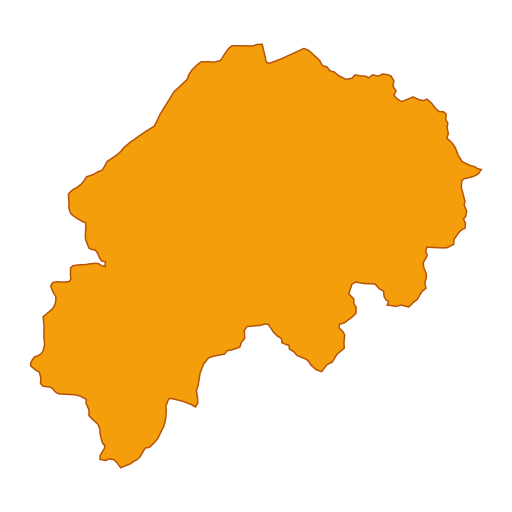 Acauã, Piauí, Brazil
{"feature_id": "56859067B70456575325692", "entity_name": "Acauã", "entity_type": "district", "adm_level": 2, "iso_a3": "BRA", "parent_name": "Brazil", "parent_adm1": "Piauí", "projection": "albers", "projection_center": [-41.014, -8.33], "detail": "fine", "context": "isolated", "style": "filled", "palette": "amber", "viewbox_px": 512, "rotation_deg": 0, "n_neighbors": 0, "source": "geoboundaries", "source_scale": "gbopen_adm2", "svg_char_len": 3769}
<svg xmlns="http://www.w3.org/2000/svg" viewBox="0 0 512 512"><path d="M304.0,48.4L281.8,58.6L269.2,63.4L266.4,62.2L262.2,44.3L257.1,44.4L253.1,45.9L249.3,46.0L244.8,45.8L239.8,45.8L232.2,45.7L228.6,48.4L226.0,52.1L224.0,54.9L222.5,57.6L220.4,60.6L213.6,62.3L208.8,61.7L204.9,61.9L201.3,61.7L197.3,64.7L195.0,66.9L191.7,70.3L188.9,74.6L187.2,79.4L176.8,89.2L174.3,91.3L160.2,114.1L156.9,121.0L154.3,126.1L145.6,131.5L139.0,136.0L133.9,139.8L131.3,141.4L123.9,147.5L121.1,151.1L116.9,154.9L110.3,159.4L107.0,161.5L104.4,166.8L101.9,170.3L97.8,171.8L93.2,174.6L86.7,176.7L84.5,180.1L81.5,183.9L76.6,187.7L72.8,189.7L70.7,191.5L68.5,193.9L68.5,196.9L68.8,200.5L69.0,204.0L68.8,207.4L69.5,210.2L70.8,213.7L72.9,215.5L76.6,218.1L82.0,221.3L85.6,222.8L85.9,226.8L85.6,230.4L85.3,236.6L85.7,239.9L87.1,243.5L88.9,248.0L91.4,249.4L95.4,250.2L97.8,253.5L99.4,257.6L101.6,261.0L105.3,261.8L105.1,266.5L101.4,265.6L98.6,263.6L95.2,263.3L90.1,263.8L85.6,264.6L80.3,264.7L75.7,265.3L72.7,265.8L70.6,267.8L70.4,274.0L70.9,279.1L69.0,281.6L65.1,282.0L61.7,282.1L57.7,281.7L52.6,282.6L50.7,286.1L51.7,288.9L53.5,293.0L55.8,296.3L55.8,301.0L54.7,305.1L52.8,308.4L49.6,311.4L43.1,316.7L43.5,320.8L44.1,326.9L43.9,332.4L43.9,337.8L44.7,344.2L43.0,351.2L40.7,354.1L37.4,355.9L34.6,356.8L32.1,360.1L30.8,363.1L30.7,366.0L35.7,370.2L39.3,372.0L40.8,378.0L40.6,383.5L42.9,386.2L47.7,386.8L50.6,387.2L52.9,389.0L55.0,391.6L58.5,393.8L63.5,394.2L68.1,394.4L74.3,394.7L77.4,395.3L80.4,396.2L86.3,399.3L86.0,403.1L87.4,406.4L88.6,409.0L89.1,411.9L88.9,415.5L91.2,418.1L98.1,424.4L99.8,429.3L100.1,433.8L100.7,436.5L101.5,439.8L102.6,443.2L104.9,445.8L104.3,448.7L102.3,451.6L100.1,455.8L100.0,459.4L105.7,460.5L109.1,458.9L114.0,459.7L116.7,462.4L120.7,467.7L130.8,463.6L134.0,461.1L137.0,459.7L140.0,456.9L145.1,448.1L149.4,447.3L153.4,443.5L157.7,438.7L162.1,429.6L163.5,427.1L164.9,422.7L165.8,417.2L166.3,410.8L165.9,406.2L168.6,399.0L171.5,398.5L182.5,401.2L191.1,404.5L195.6,407.0L197.8,402.8L197.6,398.5L196.4,390.2L198.1,385.9L200.0,373.3L203.6,364.0L208.6,357.9L213.6,356.2L224.7,354.0L227.1,350.7L230.8,350.1L236.4,348.5L240.0,346.9L241.2,342.7L244.7,338.4L244.5,333.6L244.2,330.5L247.1,326.5L260.3,325.4L264.6,324.0L268.2,324.4L274.1,332.9L277.7,336.3L281.4,338.4L282.0,342.8L285.6,344.3L289.2,345.5L289.3,349.0L293.9,351.8L296.9,355.4L306.2,359.3L309.2,362.0L310.8,365.0L316.1,369.7L321.6,371.7L326.5,365.1L332.3,362.0L337.0,354.2L344.3,348.2L343.9,342.9L344.7,335.0L342.9,331.7L339.1,327.8L339.4,324.2L343.9,323.1L346.8,321.0L352.0,317.1L355.9,313.4L356.2,307.4L353.7,303.3L353.8,299.0L348.8,293.8L352.1,283.9L355.9,282.1L364.7,283.6L374.8,283.9L379.6,289.0L383.5,291.0L384.1,296.6L385.9,299.8L388.6,301.6L387.2,305.1L391.9,305.6L395.6,306.5L401.0,305.1L408.8,307.0L413.4,302.3L417.0,299.8L420.2,294.4L422.1,291.4L426.0,288.2L424.9,282.6L426.3,278.1L426.3,273.9L423.7,267.2L423.2,262.9L427.2,255.5L425.7,251.0L426.9,247.2L443.0,247.9L447.1,247.7L453.6,244.4L454.1,239.3L458.9,232.4L461.5,229.9L465.0,228.3L465.4,223.1L463.5,219.1L465.7,216.4L466.6,211.2L464.1,205.0L465.0,201.8L463.5,195.4L461.3,187.7L461.7,181.2L463.6,178.9L472.3,176.9L475.8,175.3L478.3,173.9L481.3,169.5L477.9,168.8L474.9,166.8L469.8,165.3L462.2,161.7L458.2,155.2L455.2,147.4L452.0,142.9L446.9,138.1L448.3,133.8L447.1,127.2L447.8,123.1L445.8,119.6L446.1,114.0L443.6,111.8L439.1,111.6L435.4,108.3L431.5,103.1L426.9,99.1L424.1,100.6L419.7,100.0L413.0,96.9L404.5,100.5L401.7,101.6L397.2,98.9L393.9,95.4L396.1,90.9L393.0,86.4L393.9,80.8L391.0,76.0L387.4,74.6L382.3,74.0L378.6,76.2L372.5,74.9L368.5,77.9L366.2,76.3L360.6,75.9L355.0,74.9L352.0,78.2L348.9,78.8L346.0,79.4L338.4,75.5L334.1,71.9L330.3,71.1L326.9,66.9L322.3,65.5L319.7,60.5L309.0,50.6L304.0,48.4Z" fill="#f59e0b" stroke="#b45309" stroke-width="1.5"/></svg>